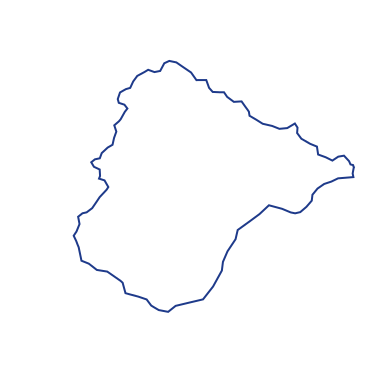 Eptagoneia, Limassol, Cyprus, rotated 128°
{"feature_id": "46923920B90108910277465", "entity_name": "Eptagoneia", "entity_type": "district", "adm_level": 2, "iso_a3": "CYP", "parent_name": "Cyprus", "parent_adm1": "Limassol", "projection": "orthographic", "projection_center": [33.147, 34.845], "detail": "fine", "context": "isolated", "style": "outline", "palette": "blue", "viewbox_px": 384, "rotation_deg": 128, "n_neighbors": 0, "source": "geoboundaries", "source_scale": "gbopen_adm2", "svg_char_len": 1640}
<svg xmlns="http://www.w3.org/2000/svg" viewBox="0 0 384 384"><g transform="rotate(128 192 192)"><path d="M71.6,81.6L72.7,84.1L71.0,87.2L69.8,94.6L74.1,98.5L80.8,100.7L82.3,108.0L84.8,115.7L79.3,121.5L81.3,128.6L82.7,138.6L80.8,145.5L76.3,148.5L74.7,153.1L83.0,156.3L88.4,162.0L90.6,169.5L94.7,178.3L95.5,186.1L96.5,193.6L93.7,196.6L93.0,198.8L91.9,202.7L90.1,208.7L91.2,210.0L95.2,214.5L95.4,222.9L93.7,228.2L96.3,231.5L100.4,237.3L99.4,242.7L95.0,249.7L101.1,257.4L98.4,266.3L99.1,277.0L99.5,284.1L102.0,289.2L102.7,290.6L107.6,293.1L116.2,291.6L120.6,295.4L122.7,301.8L126.7,303.3L134.2,306.6L141.1,306.4L148.0,304.8L151.6,307.4L154.2,308.5L157.9,310.0L164.5,307.7L166.8,304.6L164.8,299.0L166.0,294.3L170.2,294.3L178.6,293.0L181.3,293.1L187.3,294.3L191.0,288.8L197.4,286.7L203.7,283.7L208.9,285.8L216.9,287.1L222.2,285.4L226.0,288.6L230.6,289.7L232.5,284.8L231.1,278.6L236.0,274.3L238.7,273.5L236.7,268.1L239.6,261.0L242.7,260.7L252.9,261.6L258.2,261.2L266.2,260.7L269.9,261.7L272.9,262.5L276.2,265.2L281.6,266.5L286.5,260.9L294.2,258.7L299.3,258.3L302.0,252.9L303.9,249.8L305.3,247.3L314.2,236.8L312.0,229.2L312.0,219.0L306.9,209.8L306.0,193.5L306.2,190.8L312.7,182.1L307.5,169.9L304.6,161.6L306.6,154.2L306.2,150.7L305.5,145.5L302.0,138.7L301.1,137.0L291.8,134.8L280.4,125.7L269.8,117.2L253.5,117.2L235.5,120.1L228.0,124.6L216.9,127.5L202.4,128.6L193.8,132.6L179.3,128.4L167.8,125.2L155.1,123.2L149.8,110.7L147.3,101.6L145.3,97.6L141.2,94.3L133.3,92.7L125.1,92.3L120.0,95.4L112.0,95.2L104.3,92.8L98.0,88.6L91.3,85.3L80.9,74.0L78.5,76.8L73.9,79.2L72.8,79.6L72.8,80.0L71.6,81.6Z" fill="none" stroke="#1e3a8a" stroke-width="2"/></g></svg>